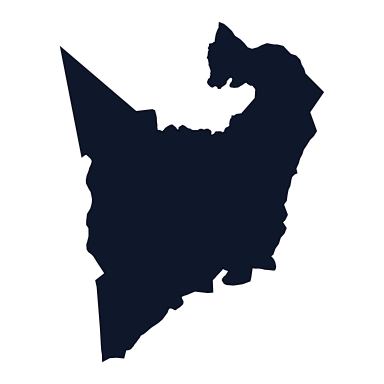 the district of Huautla de Jiménez, Oaxaca, Mexico, rotated 180°
{"feature_id": "50627088B6515753474498", "entity_name": "Huautla de Jiménez", "entity_type": "district", "adm_level": 2, "iso_a3": "MEX", "parent_name": "Mexico", "parent_adm1": "Oaxaca", "projection": "orthographic", "projection_center": [-96.809, 18.147], "detail": "fine", "context": "isolated", "style": "filled", "palette": "ink", "viewbox_px": 384, "rotation_deg": 180, "n_neighbors": 0, "source": "geoboundaries", "source_scale": "gbopen_adm2", "svg_char_len": 5929}
<svg xmlns="http://www.w3.org/2000/svg" viewBox="0 0 384 384"><g transform="rotate(180 192 192)"><path d="M282.4,39.0L282.0,33.5L281.3,29.4L281.2,23.0L274.4,26.6L267.3,27.0L260.4,26.3L258.4,34.2L257.4,34.4L255.6,34.6L255.1,34.7L254.0,35.2L253.3,35.6L252.3,36.9L251.0,38.3L249.9,40.2L248.3,42.0L246.7,44.4L245.0,46.5L244.0,48.4L243.3,49.2L241.9,49.9L240.5,50.6L237.1,53.4L234.8,55.5L232.8,57.1L230.4,58.7L226.3,61.4L225.0,62.5L222.8,64.4L222.0,65.1L218.0,70.5L217.1,71.7L216.3,74.0L215.6,75.4L215.1,76.0L213.6,76.3L212.3,76.2L211.5,75.9L210.4,75.3L209.3,74.7L208.5,74.6L208.3,74.9L207.5,75.4L206.9,75.9L206.6,76.2L205.3,76.8L203.8,78.0L201.8,79.9L201.4,80.7L201.2,82.2L201.6,83.1L201.9,83.7L202.7,85.3L203.4,87.8L202.2,87.9L200.5,88.8L197.7,89.6L189.1,93.2L176.3,91.7L171.5,92.1L172.0,103.6L171.5,104.6L169.6,106.4L167.9,108.5L164.6,112.0L162.5,114.2L161.1,116.1L159.0,114.7L157.4,114.2L154.9,113.3L155.4,112.3L155.8,111.6L157.9,108.2L159.2,107.4L160.9,105.5L161.4,104.2L161.5,103.8L160.6,102.4L160.2,101.6L159.8,101.1L158.6,100.2L157.0,99.7L150.5,99.2L141.6,100.5L134.2,103.2L133.4,106.8L132.0,116.8L130.6,116.4L128.5,116.1L125.3,116.2L122.1,115.8L119.1,115.0L115.7,114.8L113.2,114.5L110.9,114.2L109.7,114.2L109.0,115.1L108.7,116.7L108.6,118.0L109.0,119.2L109.2,120.8L109.7,122.1L110.6,124.1L111.9,125.8L113.7,127.4L113.5,127.7L112.8,128.9L111.4,129.6L110.0,133.5L109.2,135.7L105.8,140.5L103.9,146.6L100.1,150.9L98.1,155.9L100.9,160.3L102.0,161.7L99.4,164.2L96.9,169.2L100.8,179.6L97.9,183.5L97.3,188.3L96.2,194.4L94.3,198.4L93.3,204.5L93.0,205.5L92.6,207.3L91.1,208.8L89.7,210.2L87.4,211.1L88.3,215.1L88.4,215.7L86.0,220.7L84.6,225.7L82.3,230.0L80.9,234.5L77.9,239.0L74.4,244.6L70.7,248.3L67.8,253.0L74.6,271.9L60.9,291.8L79.1,310.1L80.4,314.7L83.0,319.2L84.4,323.9L88.3,327.9L93.5,329.5L97.7,333.8L101.0,337.4L106.2,338.7L110.8,338.9L115.9,339.9L116.9,340.1L120.9,338.6L122.2,338.1L124.1,337.1L126.1,336.0L132.0,334.4L134.7,335.3L136.8,336.1L140.3,340.5L144.2,344.2L149.6,347.7L152.5,352.4L156.8,356.5L160.4,359.5L164.5,361.0L164.7,356.5L164.7,355.7L165.4,355.0L166.5,352.5L167.6,349.3L168.0,346.9L168.4,344.6L168.6,342.5L168.9,341.7L169.0,341.5L169.3,341.3L170.2,341.2L170.6,340.9L170.9,340.6L171.1,340.3L171.4,339.8L171.9,339.9L173.6,339.9L174.0,339.8L174.3,339.6L174.3,339.3L174.0,339.1L173.7,338.9L173.4,338.8L173.4,338.6L173.5,338.5L173.6,338.2L173.9,338.2L174.0,338.0L174.3,337.9L174.5,337.7L174.7,337.1L174.8,336.6L175.4,336.0L175.3,335.5L174.6,334.6L174.4,334.2L174.5,333.3L175.2,332.7L175.4,331.6L175.5,330.6L175.3,329.4L175.6,329.3L175.6,328.9L175.8,327.6L176.1,327.1L176.4,326.6L175.9,326.3L176.1,326.0L176.1,325.8L176.0,325.7L175.8,325.7L175.7,325.5L175.5,325.2L175.3,325.1L175.2,324.7L174.9,324.4L174.8,324.2L175.0,324.2L175.0,323.9L175.0,323.7L175.2,323.2L174.8,322.9L174.8,322.1L174.6,320.7L174.6,319.9L174.7,319.1L174.6,318.6L174.0,318.2L174.0,317.7L173.8,316.8L173.4,316.1L173.4,315.5L172.8,314.1L172.4,312.8L172.8,312.2L172.8,311.5L173.1,310.8L172.8,309.5L173.0,309.0L173.0,308.5L173.1,307.7L173.4,307.4L173.3,306.7L173.6,305.7L174.5,305.1L175.2,304.6L176.0,302.6L176.2,301.6L175.5,300.1L174.4,299.0L173.6,298.3L172.7,297.5L171.5,297.2L169.0,298.7L167.9,298.3L166.2,297.6L165.8,296.0L165.3,295.8L163.7,295.9L162.7,297.5L160.8,298.6L158.7,300.2L158.1,301.1L157.9,302.8L157.1,304.0L156.0,305.2L155.2,306.1L154.1,306.8L152.9,307.1L152.3,306.9L151.2,305.8L151.0,304.8L151.1,304.0L151.5,302.7L152.0,301.6L152.9,300.8L153.4,299.7L153.8,298.8L153.7,298.3L153.5,297.6L152.9,297.3L151.0,297.1L150.0,296.8L149.2,297.0L147.4,297.0L145.4,297.5L144.4,298.4L142.4,299.4L140.7,300.6L139.3,301.6L137.1,302.1L136.8,301.7L136.4,300.9L135.0,299.9L133.6,299.2L132.9,299.0L131.9,299.1L131.1,298.9L130.7,298.4L130.4,298.0L129.7,297.1L128.0,295.0L128.2,291.5L128.3,289.7L128.6,285.7L135.3,278.0L136.2,277.0L137.9,275.0L142.3,270.0L147.5,269.3L149.4,267.9L150.4,267.6L151.7,267.9L151.9,266.4L152.5,265.3L153.2,264.5L153.9,261.5L154.0,260.5L153.9,259.4L154.0,258.2L154.6,257.4L155.3,256.9L156.2,256.3L157.3,256.0L158.0,255.5L158.9,254.0L159.0,252.6L160.5,251.3L162.7,250.8L163.1,252.0L167.8,251.9L168.0,251.9L169.3,250.1L170.4,249.1L171.4,248.9L171.8,248.5L172.5,248.5L173.4,249.3L173.4,249.6L173.5,250.5L173.3,251.9L173.3,252.3L173.6,252.7L173.7,253.0L174.5,253.5L175.4,253.9L176.0,254.5L177.8,254.5L178.4,254.1L179.6,253.8L180.2,253.7L180.8,253.8L182.0,254.4L182.6,254.5L183.0,254.5L183.5,254.3L184.0,254.4L184.7,254.0L185.5,253.4L185.9,253.4L186.5,253.2L187.3,253.1L189.1,253.3L190.4,253.0L191.1,253.3L192.4,253.4L192.9,253.8L193.6,254.5L195.9,255.0L196.8,255.3L199.1,257.2L200.7,258.0L201.0,258.2L201.4,258.4L201.7,258.4L201.8,258.2L202.3,257.6L203.2,257.3L203.6,257.2L203.9,257.0L204.1,256.7L204.0,256.4L204.7,256.2L204.7,255.6L204.9,254.8L205.0,253.6L205.1,253.1L205.5,252.9L205.9,253.3L206.5,253.8L207.4,254.3L207.9,254.9L208.3,255.8L209.5,256.9L210.4,257.6L211.4,258.2L211.6,258.7L211.8,258.8L213.4,258.5L216.0,257.1L216.6,256.7L218.2,255.6L218.8,254.9L219.2,254.5L219.4,254.1L220.3,253.2L220.6,252.8L221.0,252.3L221.6,252.1L222.0,252.1L222.4,252.4L222.8,252.6L223.0,252.7L223.5,252.8L223.8,253.0L224.1,253.2L224.3,253.2L225.4,253.2L226.0,253.3L227.0,253.7L227.5,257.0L227.3,258.3L227.6,261.0L227.9,263.6L227.9,265.9L228.3,268.3L229.1,271.2L229.6,273.2L231.6,274.1L248.0,272.2L323.1,336.3L301.9,227.5L299.7,229.2L297.7,230.2L293.2,226.1L292.0,224.5L291.5,222.4L292.0,220.7L292.4,219.4L293.2,217.5L293.9,216.1L294.7,213.1L296.6,208.3L297.4,204.1L297.3,200.9L295.9,198.0L294.5,195.2L292.7,192.4L291.7,187.5L291.2,184.5L291.5,181.1L291.9,179.1L292.3,177.5L293.2,174.8L294.6,172.6L296.3,169.8L296.7,165.7L296.9,164.5L297.0,163.8L297.1,161.4L297.1,159.5L296.3,158.1L295.3,157.0L294.8,155.6L294.8,153.4L294.7,148.9L294.9,146.9L295.9,142.9L297.0,139.2L296.6,134.7L295.1,132.4L292.2,130.3L290.0,128.0L286.5,122.3L278.8,110.6L288.0,103.4L286.6,97.1L283.3,55.4L282.4,39.0Z" fill="#0f172a" stroke="#020617" stroke-width="1.5"/></g></svg>